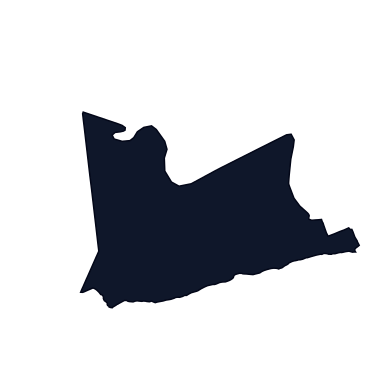 outline of Bahri, Khartoum, Sudan, rotated 250°
{"feature_id": "16777658B15021592307574", "entity_name": "Bahri", "entity_type": "district", "adm_level": 2, "iso_a3": "SDN", "parent_name": "Sudan", "parent_adm1": "Khartoum", "projection": "equal_earth", "projection_center": [32.683, 15.975], "detail": "fine", "context": "isolated", "style": "filled", "palette": "ink", "viewbox_px": 384, "rotation_deg": 250, "n_neighbors": 0, "source": "geoboundaries", "source_scale": "gbopen_adm2", "svg_char_len": 3013}
<svg xmlns="http://www.w3.org/2000/svg" viewBox="0 0 384 384"><g transform="rotate(250 192 192)"><path d="M304.3,117.1L303.7,116.6L303.0,116.0L300.0,115.3L297.1,114.6L288.5,112.6L242.6,101.7L229.1,98.6L195.7,90.7L174.3,85.6L168.3,84.2L164.1,80.2L163.5,79.5L163.2,79.3L160.3,76.5L148.0,64.7L146.2,62.9L142.8,59.7L142.1,59.0L140.7,57.7L139.3,56.3L139.1,56.1L138.7,55.7L137.0,54.1L136.8,53.9L136.5,53.7L135.9,53.1L135.8,53.3L135.1,55.0L135.1,56.7L135.4,60.7L135.5,62.6L135.6,64.6L135.7,65.9L135.1,66.9L133.5,68.3L132.0,69.2L129.7,70.3L128.2,70.8L126.9,71.2L126.1,72.3L124.9,72.8L123.4,72.8L122.3,72.3L121.1,72.3L119.8,72.5L118.6,73.4L117.5,74.0L116.4,74.4L115.4,73.9L114.2,73.9L113.3,74.8L112.4,74.7L111.4,75.8L110.5,77.5L111.0,78.5L111.3,80.1L111.6,81.8L112.0,82.8L112.0,83.9L112.3,85.1L112.5,86.6L112.9,89.2L113.2,91.5L112.4,93.5L111.3,94.4L110.5,95.6L108.9,99.1L108.9,101.3L108.5,103.3L108.0,104.2L106.4,107.5L106.2,109.0L105.3,111.0L104.5,112.2L103.4,114.5L103.3,116.8L102.1,117.9L100.6,119.6L100.5,121.6L100.2,123.5L99.5,127.6L99.3,130.8L98.7,133.7L98.4,135.5L98.3,138.8L98.5,140.7L98.0,142.7L97.3,144.3L97.2,145.5L97.1,147.5L97.4,149.7L96.7,151.6L97.2,153.9L97.6,156.8L97.4,159.8L97.2,162.2L97.2,163.7L98.0,167.4L98.5,171.4L98.7,174.5L98.0,180.0L97.4,181.6L97.3,183.1L97.5,187.0L97.2,189.0L96.9,190.2L96.1,192.8L96.1,194.3L96.1,196.5L96.3,198.3L96.9,200.6L97.5,201.6L98.6,202.4L99.3,203.0L99.7,204.8L99.4,208.8L99.0,209.8L98.6,210.8L97.6,212.0L97.1,213.3L96.2,215.4L94.8,218.3L94.2,219.6L93.5,221.1L93.3,223.4L92.8,228.0L93.4,230.4L93.6,232.8L93.5,236.0L93.1,240.1L92.5,242.7L91.4,245.3L90.9,246.1L90.0,247.2L90.2,248.3L90.0,250.5L90.3,251.7L91.0,253.9L91.1,255.3L91.3,256.7L91.7,258.1L92.3,259.1L92.3,260.4L92.5,262.0L92.4,264.3L92.1,265.8L91.9,267.2L91.8,269.0L91.3,270.6L91.0,273.1L91.2,276.7L90.8,278.0L90.6,282.0L90.2,287.3L89.6,291.4L89.0,292.7L89.2,294.6L88.9,295.7L87.8,297.9L86.9,299.0L86.5,300.0L85.8,301.7L85.9,303.2L85.1,305.2L84.8,308.9L84.5,310.6L83.9,312.1L83.4,316.1L82.7,319.3L80.6,322.2L80.2,323.8L79.7,325.2L80.8,325.0L81.7,325.0L82.7,325.6L83.2,326.4L83.6,327.6L84.0,329.0L84.7,330.9L86.3,330.7L88.5,330.4L89.4,330.5L90.5,330.3L92.5,329.9L93.4,329.7L94.4,329.6L95.6,329.6L97.7,329.6L99.6,329.6L102.2,329.4L102.6,327.9L104.7,327.0L104.3,321.9L104.3,317.6L104.0,311.7L103.9,304.8L107.6,304.3L115.5,304.4L118.0,304.5L119.8,304.2L121.9,304.3L122.8,300.8L123.7,297.8L124.5,294.8L126.4,292.6L127.5,292.7L129.6,294.0L131.0,294.0L132.5,293.5L133.7,292.9L141.9,288.5L151.3,285.7L164.6,285.5L166.6,285.6L168.2,286.2L174.4,289.0L189.1,296.1L199.9,302.7L206.0,305.8L212.4,304.9L213.4,300.4L210.0,271.0L204.9,227.9L204.0,221.1L200.0,194.1L201.9,181.8L208.4,176.1L221.0,173.6L233.4,177.6L240.7,183.1L249.0,183.7L263.0,179.8L268.0,176.6L269.2,168.8L267.3,161.3L263.0,155.9L261.5,151.3L263.5,143.7L268.4,137.0L272.8,136.4L274.3,140.1L273.1,145.2L272.7,148.3L273.0,150.2L275.3,151.3L278.5,149.1L281.1,146.1L304.2,117.2L304.3,117.1L304.3,117.1Z" fill="#0f172a" stroke="#020617" stroke-width="1.5"/></g></svg>